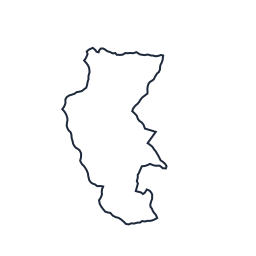 Ibaté, São Paulo, Brazil, rotated 132°
{"feature_id": "56859067B71319028154553", "entity_name": "Ibaté", "entity_type": "district", "adm_level": 2, "iso_a3": "BRA", "parent_name": "Brazil", "parent_adm1": "São Paulo", "projection": "albers", "projection_center": [-48.03, -21.94], "detail": "fine", "context": "isolated", "style": "outline", "palette": "slate", "viewbox_px": 256, "rotation_deg": 132, "n_neighbors": 0, "source": "geoboundaries", "source_scale": "gbopen_adm2", "svg_char_len": 2528}
<svg xmlns="http://www.w3.org/2000/svg" viewBox="0 0 256 256"><g transform="rotate(132 128 128)"><path d="M50.6,150.3L51.6,152.3L54.3,153.8L56.4,155.7L57.3,157.7L58.6,159.2L60.1,162.4L62.8,164.5L63.9,166.1L65.4,168.6L66.0,172.5L69.0,174.2L70.8,176.6L72.5,178.1L74.2,180.2L77.2,181.1L79.0,182.8L81.1,185.4L80.8,187.7L82.6,189.0L83.6,192.2L84.8,194.9L85.1,197.9L85.6,199.8L87.2,201.4L89.7,201.3L91.4,200.5L92.4,202.4L91.9,204.7L92.0,207.8L95.6,209.4L98.7,209.9L100.1,207.5L101.8,206.9L104.6,206.0L107.2,205.8L107.6,202.5L108.1,200.0L109.2,197.3L111.1,195.1L112.4,193.8L114.6,192.8L116.4,191.7L118.0,190.1L120.1,189.2L123.8,187.0L126.0,186.0L128.3,186.5L131.4,187.0L133.9,188.7L135.8,190.2L138.1,190.6L140.9,192.1L143.5,193.6L146.2,194.2L148.8,193.6L151.2,191.2L153.0,190.4L155.3,189.7L158.0,189.4L158.3,186.4L159.1,183.6L160.1,181.5L161.5,179.4L162.9,178.1L165.2,176.7L167.3,175.1L168.5,173.2L169.5,170.6L169.6,167.7L170.9,165.5L172.7,163.7L173.9,162.0L175.0,160.1L176.3,158.5L177.1,156.4L177.6,153.8L177.1,151.0L177.0,148.9L178.2,145.9L181.1,143.4L184.4,141.6L185.1,139.8L185.7,137.9L185.7,135.7L186.3,132.9L187.2,130.1L188.7,127.2L190.3,125.4L192.7,121.9L193.3,119.2L193.0,117.1L192.0,114.7L191.8,112.0L189.5,109.6L188.1,107.3L190.9,106.3L193.3,104.6L194.7,102.9L196.5,102.2L198.3,101.6L201.0,101.2L203.2,98.4L204.2,95.8L204.9,92.5L205.4,88.9L204.2,86.3L202.9,84.4L203.3,80.6L202.5,77.6L201.1,74.9L200.6,72.0L200.5,68.3L200.7,65.4L199.1,62.9L196.7,61.8L194.8,59.4L192.3,57.9L190.1,55.7L187.8,55.3L186.1,52.8L184.2,51.6L182.1,49.3L180.0,47.9L178.3,47.1L175.3,46.1L173.9,49.3L173.6,51.8L173.1,53.9L172.0,56.2L171.5,58.6L169.8,60.3L166.8,61.8L164.6,62.6L163.0,64.0L161.3,65.5L160.5,67.4L160.1,69.8L161.1,72.9L164.7,72.2L167.0,72.7L167.3,75.6L168.3,77.3L169.7,80.0L162.6,83.5L161.6,85.9L159.5,86.9L157.9,87.9L156.2,89.5L154.4,89.7L150.4,91.1L147.2,92.1L144.9,90.0L141.9,88.4L140.0,87.7L138.7,84.2L137.7,82.4L136.2,80.8L134.8,79.3L134.6,75.2L132.7,72.8L130.6,73.8L129.8,76.6L129.8,79.1L130.2,82.2L128.7,85.9L127.9,88.2L126.8,91.8L126.4,94.5L125.6,97.4L125.8,100.8L126.1,103.3L112.3,104.8L117.1,115.0L115.2,118.6L114.7,121.3L115.1,124.2L114.7,126.6L113.0,129.7L112.7,132.9L112.7,136.1L110.1,137.2L106.6,137.5L103.8,137.1L101.2,137.2L99.0,137.6L97.0,137.8L95.1,137.7L89.4,136.6L87.7,138.0L86.0,139.8L83.7,141.3L81.3,142.4L79.0,142.5L77.1,141.9L74.6,141.4L71.9,142.2L69.9,142.5L68.0,142.9L65.8,142.5L63.1,143.4L60.9,145.2L59.0,146.2L56.9,146.7L54.1,147.9L52.5,149.1L50.6,150.3Z" fill="none" stroke="#1e293b" stroke-width="2"/></g></svg>